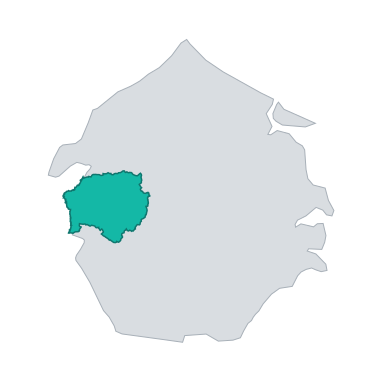 Kono, Eastern, Sierra Leone (highlighted), rotated 188°
{"feature_id": "65957751B39294828597109", "entity_name": "Kono", "entity_type": "district", "adm_level": 2, "iso_a3": "SLE", "parent_name": "Sierra Leone", "parent_adm1": "Eastern", "projection": "orthographic", "projection_center": [-10.815, 8.706], "detail": "fine", "context": "in_parent", "style": "filled", "palette": "teal", "viewbox_px": 384, "rotation_deg": 188, "n_neighbors": 0, "source": "geoboundaries", "source_scale": "gbopen_adm2", "svg_char_len": 7432}
<svg xmlns="http://www.w3.org/2000/svg" viewBox="0 0 384 384"><g transform="rotate(188 192 192)"><path d="M336.6,188.7L336.4,191.8L333.6,205.7L329.3,217.7L326.4,220.6L314.1,223.8L308.9,229.1L304.4,246.1L301.6,259.4L297.3,261.6L279.3,280.9L267.5,288.2L259.3,294.5L251.5,302.7L241.7,310.6L231.2,324.0L223.6,338.0L218.5,342.3L214.7,338.4L196.7,324.5L177.9,315.3L137.6,299.7L124.2,295.3L124.7,289.9L129.4,279.9L121.9,268.1L124.9,259.6L122.0,259.6L116.2,264.7L103.9,263.2L95.8,255.8L89.2,253.1L86.3,249.4L82.2,230.1L79.1,221.3L73.0,215.8L60.7,214.4L55.7,202.6L48.9,193.4L50.1,187.8L55.6,188.1L60.0,192.3L67.0,194.0L75.8,184.2L83.6,178.8L85.4,174.2L84.5,171.6L79.7,175.6L66.8,174.4L63.5,178.0L57.8,179.1L53.3,167.5L53.6,160.7L55.5,153.2L68.6,152.0L69.7,149.6L60.7,147.9L49.4,139.1L47.4,133.1L53.0,131.1L58.4,132.1L63.0,133.4L68.1,131.3L72.8,128.0L75.7,123.8L79.6,112.5L91.9,108.8L99.1,101.9L106.0,91.1L109.2,83.6L112.1,79.8L113.9,76.6L115.2,73.0L118.3,69.7L121.5,61.7L123.8,54.4L130.8,51.0L145.2,48.0L158.2,53.3L179.2,48.8L180.4,41.9L199.6,41.9L222.5,41.8L241.5,41.7L248.0,43.5L250.4,48.6L256.6,56.6L263.1,62.2L271.2,74.3L280.6,88.4L290.8,101.2L297.4,108.1L298.1,110.5L297.6,113.3L294.4,119.8L291.7,126.8L291.9,129.4L293.9,130.7L304.5,132.9L305.5,140.7L305.5,151.6L310.7,161.7L315.7,169.1L315.4,171.7L303.4,184.4L298.7,197.0L296.3,200.5L295.3,203.4L297.7,204.7L301.0,203.8L305.7,204.9L310.2,205.3L316.1,200.7L325.9,189.2L329.2,187.7L336.6,188.7ZM120.3,290.5L118.9,293.0L112.5,286.7L79.4,277.2L88.8,272.2L111.8,270.9L118.7,273.8L121.7,276.2L122.8,280.9L120.3,290.5Z" fill="#d9dde1" stroke="#a8b0b8" stroke-width="1"/><path d="M301.3,190.7L302.0,191.9L302.2,191.4L302.2,191.1L302.1,190.9L302.4,190.5L302.3,190.3L302.0,190.0L302.2,189.8L302.8,189.7L303.0,189.5L303.1,189.2L302.9,188.8L302.9,188.5L303.0,188.2L303.8,188.6L304.2,188.2L304.2,187.7L303.6,187.2L303.5,186.8L303.6,186.5L303.9,186.0L304.2,184.6L304.6,184.4L304.8,184.1L304.8,183.9L304.7,183.6L304.7,183.3L305.0,182.9L305.2,183.2L305.4,183.1L305.7,182.8L306.0,182.9L306.5,182.7L307.1,181.2L307.6,180.5L308.1,180.1L308.3,180.3L308.6,180.3L308.6,179.6L308.7,179.2L308.7,178.6L308.4,178.0L308.5,177.8L308.8,177.7L309.1,177.4L309.5,177.5L309.8,177.7L310.0,177.7L310.0,177.2L310.4,177.3L310.8,176.9L311.3,176.9L311.5,176.7L311.7,176.1L312.1,176.0L312.3,176.0L312.7,176.1L312.9,176.1L313.8,175.7L314.0,175.8L314.2,176.1L314.5,176.2L314.8,175.6L316.4,175.1L316.5,174.9L316.4,174.7L316.5,174.5L316.7,174.2L317.7,173.7L317.9,173.2L318.2,173.1L318.5,172.8L318.5,172.7L318.4,172.4L318.0,172.1L318.4,171.6L318.4,171.0L318.6,170.6L318.8,170.5L319.0,170.8L319.1,170.6L319.0,170.4L319.1,169.9L318.6,169.5L318.4,169.1L318.1,169.5L317.9,169.5L318.1,168.9L318.0,168.6L318.2,168.4L317.8,168.4L317.7,168.3L317.5,167.9L317.3,167.9L317.2,167.6L316.7,167.2L316.2,167.3L316.2,167.0L316.3,166.9L316.3,166.7L315.9,166.8L315.8,166.7L315.8,166.3L316.0,166.2L316.1,165.5L315.6,165.3L315.5,165.0L315.3,164.8L315.1,164.4L315.3,164.0L315.6,163.9L316.0,164.0L316.1,163.8L316.0,163.7L315.7,163.6L315.3,163.9L315.1,163.8L315.0,163.7L314.8,163.7L314.7,163.9L314.6,163.5L314.8,163.4L314.8,163.2L314.5,162.7L314.5,162.1L314.2,161.3L313.8,159.8L313.6,159.6L313.4,159.6L313.3,159.4L313.0,159.3L312.6,159.0L312.5,158.8L312.1,158.6L312.2,158.3L311.9,158.1L311.9,157.9L311.5,157.8L311.4,157.9L311.0,158.1L311.0,158.3L310.8,157.9L310.4,157.6L309.9,157.7L310.0,157.2L309.8,156.6L310.2,156.0L310.1,155.9L310.0,155.5L310.1,155.4L310.0,155.2L310.0,154.9L310.0,154.0L310.0,153.8L309.8,153.6L309.8,152.9L309.6,152.8L309.6,152.5L309.4,152.2L309.2,151.3L309.0,151.2L308.9,150.8L309.0,150.6L308.9,150.4L309.0,150.4L308.8,149.8L308.8,149.7L308.7,149.8L308.5,149.7L308.6,149.4L308.4,149.2L308.5,148.7L308.4,148.5L308.6,147.9L308.5,147.7L308.4,147.1L308.5,146.9L308.5,146.3L308.2,146.1L308.2,145.8L308.3,145.6L308.1,145.4L307.8,145.3L307.9,145.2L307.7,144.8L307.7,144.6L307.6,144.4L307.8,144.4L307.6,144.3L307.7,144.0L307.5,143.3L307.2,142.8L307.1,142.7L307.5,142.7L307.5,142.2L307.3,142.2L307.2,142.0L307.1,141.8L307.2,141.6L307.0,140.9L307.1,140.2L306.9,139.8L307.1,139.0L307.2,138.9L307.3,138.6L307.4,138.3L307.2,138.2L307.1,137.9L307.3,137.5L307.8,137.3L307.7,137.1L308.0,137.2L307.9,136.4L308.0,136.2L307.9,135.8L308.2,135.4L308.2,135.2L308.4,134.9L308.6,134.2L308.2,134.1L307.2,134.5L306.3,134.7L305.7,134.6L305.2,134.7L304.0,134.6L303.6,135.1L302.1,136.3L299.1,136.9L298.6,137.2L298.5,137.8L298.2,137.8L298.0,138.5L298.2,139.2L297.7,140.4L297.0,141.4L297.0,142.0L297.7,142.1L298.5,142.3L298.9,142.9L299.0,145.0L297.4,144.9L296.2,144.9L294.9,145.0L293.7,145.4L292.8,145.2L292.6,144.7L291.9,144.9L291.1,145.2L290.6,145.0L289.9,144.5L289.2,144.5L288.6,144.1L287.8,144.2L286.9,145.1L284.4,144.9L283.4,144.7L282.8,143.9L282.6,143.7L282.2,143.6L281.9,143.3L281.4,143.4L280.4,143.8L280.3,143.7L279.9,143.6L279.6,143.8L279.6,143.7L279.6,143.2L279.1,143.0L278.9,142.8L277.9,141.5L277.5,141.2L276.2,142.8L275.3,142.0L275.0,141.4L274.9,141.3L274.8,141.0L274.3,140.5L274.2,139.9L275.9,137.8L274.6,137.0L273.7,136.3L272.1,135.8L271.2,135.2L270.4,134.9L268.2,133.8L267.2,132.8L266.5,133.2L263.3,131.5L262.3,131.1L260.6,131.3L259.9,131.8L259.7,132.6L258.4,132.1L257.6,132.1L256.4,133.4L255.9,134.3L255.9,135.5L255.4,136.5L254.6,137.2L254.6,137.7L254.8,138.6L255.2,138.6L255.6,139.0L255.7,140.8L255.4,141.3L254.5,141.8L253.7,142.1L253.6,142.9L253.7,143.7L253.3,144.5L252.5,145.0L251.9,146.3L250.7,144.8L249.4,144.6L248.3,145.5L247.3,145.2L246.2,144.7L245.8,145.2L244.7,145.3L244.6,145.7L243.9,146.6L243.7,147.0L243.0,147.5L243.2,147.9L243.6,147.5L243.4,148.4L243.1,148.6L243.3,149.3L242.8,150.1L241.7,152.1L239.4,152.2L239.0,152.8L239.0,153.9L238.9,155.0L238.1,156.0L238.5,157.4L238.2,158.0L236.8,158.8L235.0,160.4L235.0,161.5L234.8,162.0L234.8,162.9L234.3,163.1L234.2,163.8L234.1,164.8L234.2,165.4L233.9,166.2L234.1,166.9L233.9,167.7L234.9,170.2L235.6,171.2L235.6,171.4L233.9,171.8L233.8,172.2L234.0,173.0L234.1,173.5L233.9,173.5L233.9,174.0L233.7,174.5L233.7,174.9L233.8,175.5L234.0,175.6L234.0,176.2L234.3,176.9L234.4,177.7L234.6,177.6L234.7,177.9L234.8,178.1L234.8,178.4L235.1,179.2L235.1,179.7L235.2,180.0L234.9,180.3L235.0,181.0L234.6,181.5L233.7,182.1L233.3,182.0L233.2,182.2L233.5,182.8L234.2,183.1L234.4,184.0L234.6,184.8L235.0,184.8L234.9,185.1L235.5,185.5L236.5,185.1L237.3,184.5L237.9,184.2L239.2,184.2L239.7,184.3L240.2,184.5L240.4,184.8L240.7,185.3L241.0,185.6L241.8,186.0L242.1,185.8L242.5,185.9L243.4,187.2L243.4,188.1L242.5,189.2L243.4,189.9L244.2,190.9L244.8,191.4L245.3,192.2L243.5,194.0L243.5,194.9L243.7,195.8L243.4,196.6L243.7,197.5L244.5,199.5L244.5,200.4L244.3,201.5L244.7,202.5L245.7,203.4L246.4,202.7L247.9,200.9L248.6,200.4L249.7,200.4L251.1,200.6L252.2,201.0L252.9,201.2L253.4,201.6L254.1,202.4L254.8,202.8L255.5,202.7L256.3,202.8L257.1,202.3L257.9,202.3L258.6,202.5L259.3,202.9L259.8,202.5L260.6,202.1L261.2,202.5L261.8,203.4L262.3,203.5L263.7,203.0L264.3,202.2L265.2,201.5L265.7,201.2L267.5,200.8L268.0,200.0L268.9,199.8L270.0,199.8L270.8,199.6L271.7,199.1L272.2,198.3L272.6,198.2L273.6,198.0L274.5,198.3L274.9,199.1L276.2,198.8L277.8,199.4L278.9,198.4L280.1,198.0L281.6,197.8L282.6,197.9L282.6,197.3L282.2,196.7L283.2,196.0L284.0,195.8L284.7,195.7L286.4,196.3L288.7,196.0L290.1,196.0L291.3,195.7L292.3,195.6L293.0,195.1L293.5,194.5L293.8,193.6L294.1,192.9L296.6,193.0L296.8,192.3L297.5,192.3L298.3,192.1L299.1,191.6L300.2,191.3L300.5,190.9L301.3,190.7Z" fill="#14b8a6" stroke="#0f766e" stroke-width="1.5"/></g></svg>